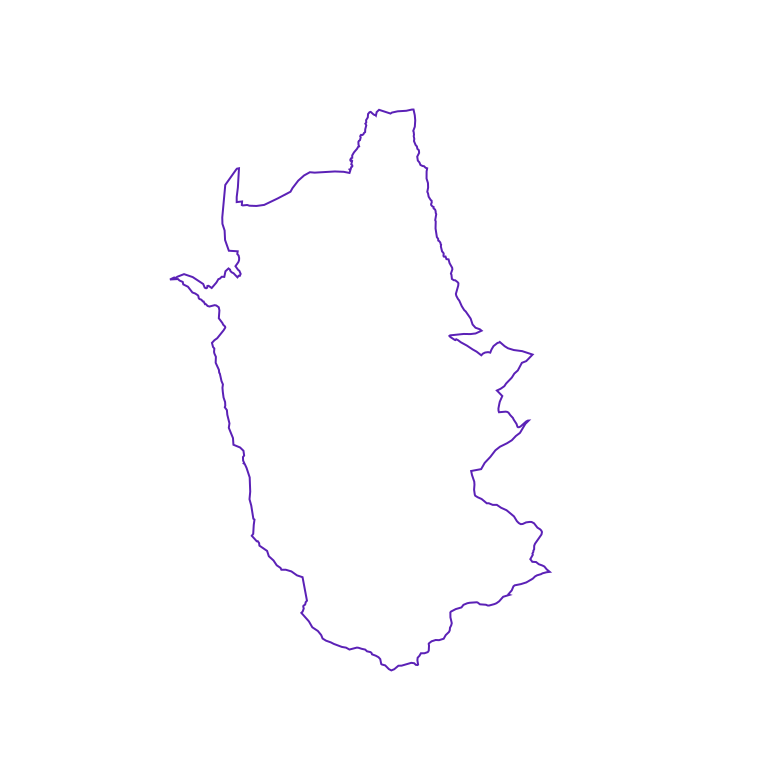 Garbova, Alba, Romania, rotated 302°
{"feature_id": "2599482B63039671608561", "entity_name": "Garbova", "entity_type": "district", "adm_level": 2, "iso_a3": "ROU", "parent_name": "Romania", "parent_adm1": "Alba", "projection": "robinson", "projection_center": [23.722, 45.855], "detail": "fine", "context": "isolated", "style": "outline", "palette": "violet", "viewbox_px": 768, "rotation_deg": 302, "n_neighbors": 0, "source": "geoboundaries", "source_scale": "gbopen_adm2", "svg_char_len": 6166}
<svg xmlns="http://www.w3.org/2000/svg" viewBox="0 0 768 768"><g transform="rotate(302 384 384)"><path d="M487.7,494.4L485.1,483.8L481.6,476.1L480.0,470.2L480.0,466.3L481.0,459.9L480.2,459.7L479.0,458.5L474.2,456.8L470.1,456.9L466.9,457.5L466.2,455.4L464.3,453.1L462.2,451.8L459.9,451.3L460.5,445.4L460.3,440.9L460.5,434.0L460.1,427.1L460.4,423.3L460.2,421.5L459.1,421.3L458.9,420.6L459.0,415.5L459.4,414.0L460.3,414.3L468.7,425.1L472.1,430.8L475.4,434.9L480.9,438.5L481.2,436.3L480.2,431.8L481.4,427.6L485.4,422.8L488.8,414.9L489.2,412.8L491.2,408.7L494.7,403.5L495.3,401.7L497.1,398.6L498.5,397.2L506.8,394.8L508.9,393.7L509.4,392.4L509.7,389.5L509.0,388.1L509.1,385.9L512.4,383.3L513.0,382.3L517.5,381.2L518.7,380.2L521.2,375.6L523.9,372.7L523.0,370.8L524.7,368.6L523.8,367.5L523.8,367.0L524.5,366.3L526.0,365.7L526.7,364.8L527.2,363.0L530.8,359.3L532.4,358.6L532.5,358.1L533.8,356.8L534.4,355.2L534.4,354.0L535.8,353.0L536.6,351.0L543.2,345.3L549.3,341.7L550.1,340.6L555.7,338.3L556.5,337.2L557.9,336.2L559.0,334.9L559.2,333.0L560.4,332.3L560.3,330.8L560.8,329.2L561.5,328.6L563.2,328.3L564.7,327.2L564.8,326.1L566.5,322.6L569.0,320.3L569.9,318.9L574.0,317.3L577.7,314.8L580.8,311.2L586.8,307.5L589.8,306.3L589.4,304.7L589.9,302.5L589.3,301.1L589.1,298.8L590.7,296.6L591.4,294.3L594.4,291.7L598.6,291.3L600.0,290.3L600.8,289.5L601.1,287.7L602.9,286.0L603.4,284.2L605.9,280.7L607.9,279.8L610.0,277.8L611.2,277.4L613.5,275.6L614.1,274.7L618.5,273.8L624.1,270.8L628.2,267.7L632.4,263.6L631.6,262.3L627.5,258.1L622.5,251.1L618.4,246.9L616.8,246.2L613.9,234.5L610.7,233.7L607.3,234.9L607.5,234.2L607.1,233.4L607.1,232.0L607.7,228.5L606.8,227.7L604.5,227.4L601.5,229.0L598.3,229.0L596.3,230.4L594.9,230.2L594.0,231.9L590.1,233.1L587.6,234.5L586.1,234.0L584.8,234.2L583.6,233.6L583.1,232.5L582.3,232.4L581.4,232.6L580.9,233.5L578.1,234.4L576.9,233.9L575.7,234.0L573.4,235.6L572.3,237.0L571.4,236.4L569.2,236.5L564.5,235.8L561.0,235.9L559.0,237.2L558.0,236.5L556.6,236.5L555.9,236.9L555.6,237.4L556.5,238.2L556.4,238.7L552.9,239.9L552.7,241.1L552.1,241.7L551.4,241.8L550.5,241.3L548.6,241.9L547.7,241.1L547.2,242.3L544.7,242.9L542.6,237.4L538.2,229.7L526.5,213.2L524.3,208.9L518.5,205.7L511.0,203.5L501.6,202.6L497.5,202.8L485.0,195.5L472.4,187.5L467.4,181.5L463.9,175.4L463.3,173.1L460.6,169.6L460.4,168.6L463.6,166.9L460.2,162.7L464.5,160.0L473.3,155.9L490.1,146.7L488.7,145.2L487.6,145.0L468.7,143.9L439.5,158.6L434.2,162.1L429.7,167.5L421.9,172.9L414.8,181.8L419.0,189.6L416.5,190.7L415.9,192.6L414.1,194.4L412.1,195.5L410.1,195.9L405.2,195.6L403.5,199.7L403.3,201.4L401.4,204.1L399.3,204.4L398.8,203.4L396.8,203.2L398.2,197.7L398.0,195.5L398.6,193.5L399.4,192.9L399.6,190.9L395.6,189.8L390.2,191.8L389.0,189.6L386.2,188.9L385.2,188.0L381.2,188.1L374.1,187.0L374.3,183.2L373.6,182.3L371.9,183.0L370.9,182.4L370.7,180.9L373.0,177.7L373.3,165.1L371.2,156.2L365.3,151.8L363.7,151.3L363.1,149.6L359.2,147.1L363.8,153.6L363.4,155.8L363.9,159.2L362.1,161.0L362.6,166.2L360.1,173.0L360.7,176.0L360.6,179.2L360.1,180.1L358.7,181.3L358.3,182.4L358.7,184.5L358.0,186.6L358.4,187.3L356.9,189.8L357.3,190.1L357.2,191.2L356.7,193.0L357.2,194.9L361.1,198.6L361.7,200.2L361.5,203.2L359.2,205.4L352.2,209.1L350.0,214.8L349.1,216.1L348.5,218.8L347.7,219.5L344.5,219.5L334.4,218.3L331.3,217.0L327.7,216.3L324.8,219.4L324.2,221.3L321.1,222.9L319.9,224.1L318.0,227.0L312.8,230.0L308.5,236.5L306.2,238.3L305.9,239.2L300.4,244.6L298.3,247.6L295.2,249.0L292.0,251.4L287.5,255.1L284.5,258.8L281.5,260.9L279.9,261.3L278.6,264.6L274.9,267.4L268.7,273.8L264.6,275.6L258.1,284.6L252.7,288.5L253.9,295.6L252.9,300.2L249.2,303.3L247.3,303.1L244.4,305.1L243.0,307.2L242.3,307.1L242.3,308.4L240.0,311.9L233.6,319.6L221.8,327.6L215.0,331.0L210.6,335.8L200.5,344.6L200.4,346.0L195.5,348.2L187.6,352.5L185.2,352.3L183.2,359.4L183.8,360.2L182.9,362.4L180.9,364.0L180.5,373.3L176.9,377.6L175.8,383.8L173.4,389.1L173.2,393.7L172.1,395.4L174.4,399.0L176.0,404.8L175.6,411.6L177.0,417.3L159.4,433.5L157.5,433.2L155.2,434.0L153.3,433.2L152.4,433.5L151.1,434.9L147.9,435.6L146.1,435.2L142.9,446.1L139.7,452.1L139.5,458.8L137.8,463.8L135.6,466.8L135.6,470.8L136.7,475.8L137.0,479.2L138.7,487.6L140.3,491.5L140.5,495.4L146.1,500.7L146.8,502.2L147.6,505.4L148.8,508.8L148.3,511.2L149.5,514.7L149.2,516.1L148.4,517.1L149.2,520.9L149.4,524.1L148.7,526.6L145.1,530.0L145.0,530.8L146.0,534.1L144.8,539.2L145.0,542.0L147.5,543.8L152.7,545.5L154.5,548.2L162.0,554.9L163.2,557.6L162.7,559.8L163.4,561.3L164.1,561.6L167.4,558.7L169.7,557.6L172.2,558.1L175.2,558.0L177.1,561.0L179.7,563.1L180.5,563.3L181.7,563.2L186.0,560.8L187.3,559.6L188.0,559.6L191.0,560.7L194.3,563.5L195.9,566.4L199.6,569.6L203.8,569.4L208.1,570.5L209.9,570.3L212.3,569.1L214.9,568.9L217.1,568.2L221.3,564.0L225.5,561.3L226.5,561.4L231.1,564.1L235.6,568.1L238.8,568.4L242.2,570.8L243.9,572.6L248.1,578.4L248.3,579.4L248.0,582.1L250.8,587.4L251.1,589.3L251.8,590.5L255.8,594.2L257.6,595.5L260.7,596.8L266.7,597.8L271.6,602.1L271.4,601.3L271.6,600.9L276.7,601.7L281.0,601.0L282.5,601.5L286.8,606.1L291.1,609.8L297.7,613.3L300.9,614.1L302.9,615.2L305.9,617.9L307.4,618.7L310.5,621.6L312.5,624.1L313.0,620.3L314.2,616.7L314.0,614.5L313.2,610.8L313.6,607.3L311.8,604.0L313.0,600.9L318.0,600.7L318.9,599.7L320.8,599.6L321.8,599.0L323.4,598.9L326.4,597.1L328.6,596.7L339.8,597.3L342.2,596.4L343.1,595.0L343.5,593.4L343.5,590.2L345.4,585.0L345.2,582.3L344.3,580.7L341.9,577.8L338.8,575.8L337.6,574.2L337.5,572.0L338.1,569.4L340.6,564.4L341.9,554.8L341.1,548.9L341.3,543.7L339.1,540.2L338.4,536.1L337.3,534.4L338.2,527.7L337.6,523.4L337.6,520.6L338.2,519.7L342.1,516.4L346.5,514.1L349.0,512.3L353.5,506.8L356.4,504.0L363.3,511.5L370.5,511.2L378.5,512.8L386.8,513.6L392.3,515.6L398.9,519.7L404.0,522.2L409.9,523.4L414.6,525.2L425.1,525.0L429.7,526.1L429.2,525.4L427.5,524.4L420.3,522.3L418.9,521.4L418.4,520.6L418.5,519.8L420.4,517.5L422.6,512.7L423.5,511.4L424.5,507.6L425.7,504.7L425.6,503.2L425.0,501.8L421.0,496.5L422.0,495.3L423.9,494.0L428.3,492.3L430.3,491.6L436.5,490.7L438.3,483.2L441.7,485.4L445.9,487.2L449.1,487.3L457.2,489.0L461.9,489.0L466.4,490.3L475.0,489.7L478.8,492.5L487.7,494.4Z" fill="none" stroke="#5b21b6" stroke-width="2"/></g></svg>